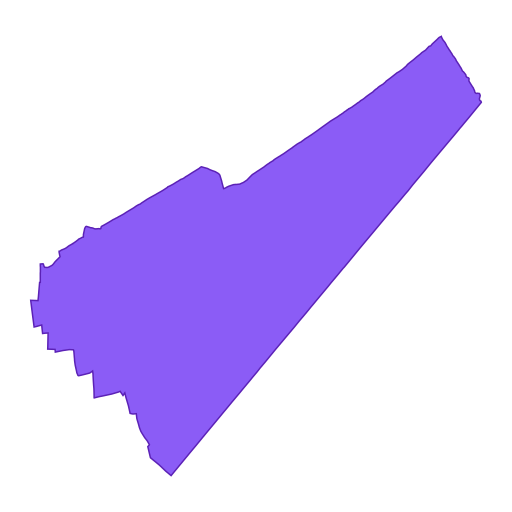 Bang Bon, Bangkok Metropolis, Thailand
{"feature_id": "78962969B77948152062617", "entity_name": "Bang Bon", "entity_type": "district", "adm_level": 2, "iso_a3": "THA", "parent_name": "Thailand", "parent_adm1": "Bangkok Metropolis", "projection": "equal_earth", "projection_center": [100.393, 13.657], "detail": "fine", "context": "isolated", "style": "filled", "palette": "violet", "viewbox_px": 512, "rotation_deg": 0, "n_neighbors": 0, "source": "geoboundaries", "source_scale": "gbopen_adm2", "svg_char_len": 5732}
<svg xmlns="http://www.w3.org/2000/svg" viewBox="0 0 512 512"><path d="M481.3,102.4L481.2,102.2L481.1,101.4L481.0,101.2L480.9,101.1L480.4,100.9L480.2,100.7L479.9,100.5L479.7,100.2L479.5,99.4L479.4,99.2L479.4,98.9L479.5,98.3L479.9,96.9L480.1,96.1L480.2,95.7L479.9,94.5L479.6,93.8L479.4,93.6L479.2,93.4L478.5,93.4L477.4,93.2L476.5,93.4L476.1,93.4L475.6,93.0L475.1,92.6L474.9,92.3L474.8,92.0L474.7,91.6L474.6,91.0L474.6,90.9L474.4,90.4L474.1,89.8L473.5,88.5L473.3,87.9L472.5,86.8L470.6,83.8L470.0,82.8L469.1,81.4L469.0,81.0L468.9,80.6L469.0,79.9L469.0,78.8L469.0,78.5L469.0,78.4L468.7,78.1L468.5,77.9L468.1,77.7L467.3,77.4L466.7,77.1L466.4,76.8L466.2,76.5L466.1,76.2L465.9,75.2L465.8,74.8L465.4,74.2L464.9,73.6L463.9,72.3L463.2,71.6L462.4,71.0L462.3,70.7L461.3,68.6L460.7,67.5L460.3,67.0L458.7,64.3L458.4,63.9L457.3,62.2L456.5,61.1L456.1,60.3L455.7,59.3L454.9,58.1L454.0,56.9L453.8,56.6L453.4,56.2L452.8,55.6L451.8,53.6L451.0,52.5L449.8,50.5L449.4,50.1L448.2,48.1L446.9,46.2L446.1,44.5L445.0,42.5L442.8,39.7L441.7,37.5L441.4,36.8L441.3,36.4L440.8,36.7L440.4,36.8L439.1,37.5L437.9,38.6L437.7,38.9L436.1,40.4L433.4,42.9L432.3,43.9L430.7,45.9L430.5,46.0L429.5,46.2L429.2,46.3L428.9,46.5L425.7,50.0L424.9,50.6L423.6,51.4L421.7,52.7L420.5,53.9L416.6,57.0L413.4,59.8L410.4,62.1L407.9,64.1L407.3,64.7L406.3,66.0L402.4,69.4L399.0,71.7L397.6,72.5L397.1,72.7L396.9,72.9L390.3,78.1L386.1,81.2L385.4,82.1L384.2,83.1L383.4,83.9L379.5,86.3L378.1,87.4L377.0,88.5L375.7,89.3L374.4,90.4L372.8,92.0L370.0,93.9L367.5,95.7L366.0,96.8L365.7,97.1L363.5,98.9L361.1,100.4L360.9,100.5L360.7,100.6L359.5,101.7L358.2,102.7L357.9,102.7L357.6,103.0L356.7,103.6L356.1,104.1L352.7,106.5L352.4,106.8L350.2,108.1L349.1,108.7L348.8,108.7L348.4,109.1L347.9,109.5L347.5,109.7L347.5,109.8L346.5,110.4L346.0,110.9L344.5,111.8L342.7,113.3L342.1,113.6L341.1,114.4L340.3,114.8L337.8,116.6L336.1,117.7L335.4,118.1L331.8,120.3L330.2,121.3L330.0,121.5L326.1,124.3L321.9,127.3L315.7,131.8L312.0,134.4L304.9,139.0L304.6,139.2L304.3,139.5L301.7,141.4L300.7,142.2L300.2,142.3L297.1,144.1L292.8,147.2L292.7,147.4L289.0,149.9L285.6,152.3L283.8,153.6L275.4,158.8L273.5,160.2L273.1,160.7L269.7,162.7L269.5,162.9L269.5,163.0L267.4,164.3L265.8,165.5L263.9,167.0L258.1,170.8L257.7,171.0L255.1,172.8L252.3,174.6L249.7,177.2L246.9,180.1L244.1,182.0L242.9,182.7L241.8,183.1L240.4,183.8L239.7,184.1L235.9,184.5L235.4,184.4L235.0,184.5L233.6,184.6L228.8,186.2L226.7,187.2L226.5,187.3L226.1,187.6L225.4,188.0L224.2,188.5L223.6,188.6L222.1,183.1L221.6,180.9L220.5,177.3L219.9,175.3L219.3,174.3L218.1,173.3L215.1,171.6L213.1,170.9L212.7,170.8L209.7,169.6L207.6,168.5L202.2,167.0L201.7,166.8L201.4,166.8L200.9,167.0L199.7,167.9L199.3,168.3L194.3,171.4L192.3,172.6L188.0,175.4L185.4,176.9L184.6,177.6L183.3,178.4L182.6,178.8L182.2,178.9L180.6,179.5L179.0,180.6L178.2,181.1L176.4,182.1L176.1,182.3L173.3,184.1L170.1,185.8L167.7,186.9L167.4,187.4L163.0,190.3L160.6,191.7L156.5,194.0L156.1,194.3L151.9,196.6L149.7,197.8L146.8,199.5L144.0,201.4L141.5,203.0L140.3,204.0L138.5,204.7L136.1,206.1L133.6,207.9L130.4,209.8L126.4,212.2L123.7,214.0L120.1,216.0L118.3,216.9L117.3,217.6L115.9,218.2L115.0,218.7L114.5,219.1L114.0,219.2L113.3,219.5L109.1,222.1L105.8,224.0L103.5,225.3L101.6,226.3L101.4,226.5L101.1,227.1L100.8,228.6L100.3,228.8L99.6,228.8L98.9,228.6L95.7,228.9L94.3,228.7L93.0,228.1L91.8,227.8L90.5,227.7L89.5,227.3L86.5,226.4L86.2,226.4L85.7,226.7L85.3,227.3L84.7,228.4L83.4,234.6L83.4,237.0L83.2,237.2L82.6,237.2L81.7,237.6L80.3,238.4L78.7,239.1L77.8,240.0L75.7,241.6L73.4,243.2L73.0,243.6L72.8,243.5L72.3,243.8L72.0,244.1L70.4,245.0L69.2,245.6L67.6,246.8L66.6,247.6L65.3,248.4L64.5,248.8L62.8,249.5L61.5,250.0L60.3,250.8L59.4,251.3L59.1,251.3L59.1,252.2L59.7,255.3L60.1,256.6L60.0,256.8L56.2,260.6L54.8,262.1L53.4,264.0L52.1,265.3L50.8,266.0L48.7,267.1L48.0,267.4L46.8,267.5L46.2,267.4L45.6,267.3L44.8,267.4L44.5,267.1L44.2,266.7L43.3,264.0L43.0,263.8L42.8,263.8L40.3,264.0L40.3,266.1L40.4,267.0L40.4,268.8L40.4,269.2L40.4,272.1L40.3,272.8L40.3,274.4L40.3,275.3L40.3,282.3L39.6,282.4L38.4,296.8L38.0,300.6L30.7,300.3L32.5,314.6L34.1,327.0L36.7,326.4L41.7,325.0L42.1,329.0L42.6,333.5L45.9,333.1L46.5,333.1L48.1,333.0L47.8,346.6L47.7,349.1L55.1,349.4L55.3,352.1L63.0,350.5L69.3,349.6L73.4,349.8L73.6,350.1L73.9,351.7L74.4,357.9L74.5,358.7L74.6,360.8L75.2,365.1L75.9,368.3L76.6,371.5L76.7,372.1L76.9,373.0L77.5,374.2L77.7,374.9L77.9,375.3L78.2,375.6L78.5,375.7L78.9,375.7L82.0,375.0L84.8,374.3L86.4,373.9L89.2,373.2L89.7,373.0L90.3,372.7L92.6,371.0L93.0,373.9L93.1,376.3L93.3,380.2L93.6,384.9L93.9,388.3L94.0,391.0L94.1,395.9L94.1,397.6L94.2,397.9L98.9,396.7L102.5,396.0L111.8,394.0L118.6,392.0L120.1,391.3L123.0,395.5L124.8,392.9L126.0,397.6L128.4,405.7L129.4,410.1L130.1,413.4L131.8,413.8L133.0,414.0L136.3,413.7L136.8,418.2L137.0,419.1L137.3,420.2L138.4,423.8L139.4,427.5L139.9,428.9L140.9,431.4L142.2,433.6L144.7,437.6L147.2,440.8L148.9,443.8L149.4,444.7L149.1,445.1L147.8,446.6L148.2,448.3L150.4,457.6L150.5,457.8L159.3,465.0L165.8,471.2L171.1,475.6L174.3,471.7L190.4,452.2L196.0,445.5L202.4,437.7L208.6,430.2L218.0,418.9L224.2,411.4L226.3,408.9L231.9,402.1L239.8,392.7L243.5,388.2L250.1,380.3L252.7,377.1L257.0,372.0L260.2,367.9L262.4,365.3L264.1,363.3L265.3,361.9L269.3,357.0L275.7,349.2L286.9,335.9L294.3,327.1L299.0,321.3L306.7,312.2L311.0,306.9L314.3,303.0L319.1,297.2L328.3,286.2L330.7,283.2L337.1,275.6L341.9,269.8L343.2,268.2L344.1,267.3L349.0,261.4L349.8,260.4L353.6,255.8L360.0,248.0L374.8,230.3L386.9,215.8L395.2,205.9L398.6,202.0L402.1,197.8L405.1,194.2L408.0,190.9L412.6,185.0L424.0,171.4L430.9,162.9L441.3,150.5L457.1,131.7L460.1,128.0L461.0,127.0L462.2,125.6L464.4,122.9L465.7,121.4L467.6,119.1L469.1,117.3L481.3,102.4Z" fill="#8b5cf6" stroke="#5b21b6" stroke-width="1.5"/></svg>